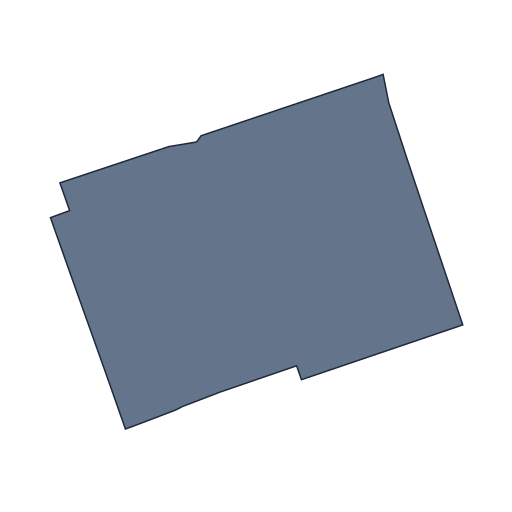 the district of Licking, Ohio, United States of America, rotated 158°
{"feature_id": "52423323B76437525910289", "entity_name": "Licking", "entity_type": "district", "adm_level": 2, "iso_a3": "USA", "parent_name": "United States of America", "parent_adm1": "Ohio", "projection": "natural_earth1", "projection_center": [-82.441, 40.095], "detail": "fine", "context": "isolated", "style": "filled", "palette": "slate", "viewbox_px": 512, "rotation_deg": 158, "n_neighbors": 0, "source": "geoboundaries", "source_scale": "gbopen_adm2", "svg_char_len": 429}
<svg xmlns="http://www.w3.org/2000/svg" viewBox="0 0 512 512"><g transform="rotate(158 256 256)"><path d="M268.4,384.0L295.8,390.1L410.4,397.3L411.8,367.9L432.2,368.6L434.6,313.8L439.3,200.2L441.9,144.5L433.8,144.2L387.8,143.3L381.1,144.0L340.6,143.3L259.5,139.0L260.2,124.3L90.1,114.7L83.1,232.1L79.5,290.2L75.5,348.4L70.1,376.8L76.1,377.0L261.8,388.1L268.4,384.0Z" fill="#64748b" stroke="#1e293b" stroke-width="1.5"/></g></svg>